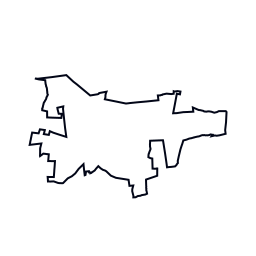 Chocholá, Yucatán, Mexico, rotated 167°
{"feature_id": "50627088B77263395390231", "entity_name": "Chocholá", "entity_type": "district", "adm_level": 2, "iso_a3": "MEX", "parent_name": "Mexico", "parent_adm1": "Yucatán", "projection": "mercator", "projection_center": [-89.837, 20.727], "detail": "fine", "context": "isolated", "style": "outline", "palette": "ink", "viewbox_px": 256, "rotation_deg": 167, "n_neighbors": 0, "source": "geoboundaries", "source_scale": "gbopen_adm2", "svg_char_len": 4362}
<svg xmlns="http://www.w3.org/2000/svg" viewBox="0 0 256 256"><g transform="rotate(167 128 128)"><path d="M227.6,133.7L215.9,132.4L218.1,128.1L218.5,126.6L218.8,125.3L219.1,124.0L219.3,123.4L219.5,122.4L220.0,120.7L220.0,120.4L217.3,121.6L216.3,122.1L215.8,121.9L215.6,121.8L215.2,121.7L214.8,121.5L214.4,121.4L213.9,121.2L212.9,120.8L212.4,120.7L211.1,120.2L213.2,113.7L210.6,113.1L209.5,112.8L208.9,112.7L207.7,112.4L207.0,112.3L206.6,112.2L208.1,107.2L209.5,102.8L209.5,102.7L211.3,96.9L216.2,98.1L217.3,98.4L217.5,97.1L217.6,96.2L217.8,95.1L218.0,93.9L216.9,93.7L216.2,93.4L212.4,92.7L208.5,90.2L207.2,89.7L204.1,88.9L203.7,88.9L198.0,92.5L193.6,93.6L189.6,95.6L187.5,97.4L185.7,98.9L185.4,99.2L179.5,102.8L179.7,101.3L180.1,98.1L180.8,91.7L180.0,91.8L178.7,95.0L175.8,94.7L175.9,93.5L174.6,93.2L174.8,92.4L173.8,92.5L173.6,92.7L170.0,94.1L168.2,95.6L165.5,97.5L165.1,96.9L164.3,95.7L163.5,94.6L162.9,94.0L162.0,93.0L159.9,91.7L159.0,90.8L158.9,90.7L155.4,85.4L151.0,82.2L139.1,77.4L139.6,71.3L135.8,70.8L137.6,67.4L138.1,65.5L138.0,60.6L138.4,59.2L136.1,58.8L133.7,59.5L131.2,59.2L129.8,59.5L126.4,59.3L126.0,59.3L124.2,59.7L124.1,62.5L124.2,63.2L124.1,63.6L124.0,64.0L123.9,64.3L123.8,64.7L123.7,64.9L123.8,65.2L123.7,65.7L123.6,66.3L123.3,67.0L123.3,67.5L122.2,73.0L122.0,73.7L121.0,73.8L113.2,74.6L110.3,74.9L108.6,82.0L108.8,82.1L109.8,82.1L110.8,82.2L112.1,82.6L113.2,82.9L111.2,92.8L113.0,93.6L114.7,95.0L114.2,96.8L113.9,97.6L113.7,98.1L113.4,98.3L112.9,99.3L110.8,102.4L110.7,102.9L110.7,103.3L110.8,103.4L110.8,103.7L110.7,104.2L110.7,105.2L110.5,105.9L110.3,107.1L109.9,108.4L109.7,109.0L109.6,109.6L109.4,110.2L109.3,110.6L96.7,108.2L96.7,107.6L97.6,94.8L98.4,85.1L98.8,80.9L96.7,80.7L94.8,80.4L90.8,80.0L90.6,80.2L89.3,80.8L88.9,81.4L87.8,82.3L87.3,82.6L86.9,84.8L86.7,85.2L84.9,89.0L81.7,95.4L79.6,98.9L78.8,100.1L76.9,103.4L73.5,103.5L71.0,103.9L69.5,103.9L68.7,103.8L67.3,103.9L66.9,103.9L66.4,103.9L66.2,104.0L65.7,103.9L65.3,104.0L64.6,104.0L63.5,104.0L62.6,104.0L62.0,104.0L61.4,103.9L60.4,103.9L59.7,104.0L58.7,104.2L57.5,104.3L57.1,104.3L56.0,104.0L55.4,104.0L54.1,103.4L53.5,103.3L52.8,103.2L52.6,103.1L52.3,103.0L52.0,103.0L51.8,102.9L51.3,102.9L50.4,102.9L50.0,102.9L49.5,103.1L49.2,103.2L48.8,103.0L48.3,102.9L48.1,102.7L47.2,102.4L48.4,101.2L46.5,101.2L45.0,101.2L43.8,100.7L43.2,100.5L40.5,100.3L34.2,100.4L33.8,104.1L31.2,111.5L28.4,121.4L28.9,122.4L35.7,124.0L37.8,123.5L40.5,123.5L43.1,125.1L45.1,125.9L46.2,126.2L48.0,126.3L50.1,127.0L50.7,127.7L53.7,129.2L55.0,129.6L60.2,133.4L60.7,129.2L65.8,130.1L70.6,131.0L76.8,131.5L77.0,131.5L80.7,132.2L77.2,140.1L72.7,150.4L69.8,149.1L68.7,151.7L71.4,152.8L74.6,153.1L75.2,153.5L75.8,151.1L78.1,151.3L82.7,152.8L86.5,152.9L86.8,152.9L87.1,152.6L88.5,152.7L89.0,152.5L91.6,153.0L92.1,148.2L104.2,149.7L112.8,150.9L120.7,151.9L122.0,152.0L124.5,152.3L133.7,156.5L144.1,161.2L143.0,163.2L142.9,163.7L142.6,165.0L141.9,166.5L141.4,167.3L140.8,168.2L147.4,168.5L148.3,168.5L148.9,167.9L149.2,167.8L150.0,167.7L157.5,168.2L168.0,182.0L170.8,185.4L176.2,193.4L190.6,194.7L204.9,196.3L207.4,197.2L207.2,197.0L203.9,195.4L197.9,193.2L198.0,192.5L198.1,192.0L198.2,190.8L198.3,190.3L198.3,189.9L198.3,189.7L198.4,189.3L198.3,188.8L198.3,188.0L198.3,187.5L198.3,187.4L198.4,187.1L198.3,186.9L198.3,186.4L198.2,186.1L198.1,185.2L198.2,184.4L198.2,184.0L198.3,183.5L198.4,182.9L198.4,182.5L198.5,182.3L198.5,181.6L198.6,181.0L198.7,180.8L198.7,180.4L198.8,180.0L198.8,179.4L198.7,178.9L198.6,178.4L199.0,178.1L199.3,177.6L199.5,177.3L199.7,177.2L200.0,176.7L200.6,176.2L200.7,175.9L200.9,175.3L201.3,174.7L201.5,174.4L202.0,173.9L202.6,173.4L202.9,173.0L203.2,172.5L203.6,172.3L203.8,172.1L204.1,171.8L204.3,171.5L204.5,171.3L204.6,171.0L204.9,170.5L204.9,170.3L205.1,170.0L205.4,169.5L205.6,169.1L205.8,168.7L205.9,168.4L206.1,168.1L206.2,167.8L206.3,167.6L206.4,167.3L206.5,167.2L206.8,166.6L207.0,166.5L207.2,166.4L207.6,164.6L203.1,162.4L204.4,156.5L199.4,155.1L190.7,152.8L189.3,156.7L192.3,157.5L192.4,162.3L192.3,163.6L186.2,163.6L187.0,161.3L188.1,152.3L189.3,142.1L190.1,133.2L196.2,136.8L201.8,140.2L204.9,142.5L206.7,139.1L211.4,141.0L209.5,144.7L214.1,146.5L216.3,142.9L222.4,145.1L224.1,141.5L224.3,140.9L224.5,140.6L224.6,140.4L224.9,139.7L225.1,139.2L225.4,138.5L225.7,137.9L226.0,137.3L226.3,136.7L226.4,136.3L227.6,133.7Z" fill="none" stroke="#020617" stroke-width="2"/></g></svg>